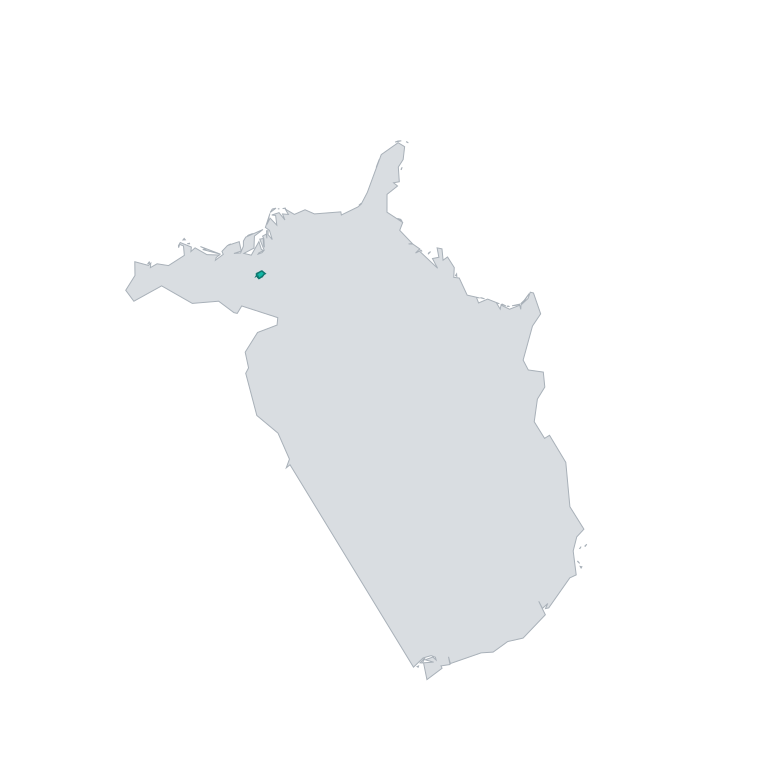 Bedford, Pennsylvania, United States of America shown in context, rotated 219°
{"feature_id": "52423323B14899262038475", "entity_name": "Bedford", "entity_type": "district", "adm_level": 2, "iso_a3": "USA", "parent_name": "United States of America", "parent_adm1": "Pennsylvania", "projection": "albers", "projection_center": [-78.468, 40.025], "detail": "fine", "context": "in_parent", "style": "filled", "palette": "teal", "viewbox_px": 768, "rotation_deg": 219, "n_neighbors": 0, "source": "geoboundaries", "source_scale": "gbopen_adm2", "svg_char_len": 4342}
<svg xmlns="http://www.w3.org/2000/svg" viewBox="0 0 768 768"><g transform="rotate(219 384 384)"><path d="M583.7,326.0L618.6,320.3L630.5,290.9L643.7,294.3L645.8,311.6L654.6,322.2L641.7,327.9L641.3,331.2L638.8,327.4L636.0,334.6L626.0,340.4L620.1,358.3L626.7,365.1L630.7,363.9L629.4,360.7L630.8,362.1L631.4,365.7L619.9,369.2L617.4,365.4L616.5,370.9L603.0,373.1L593.1,380.6L594.0,376.6L592.9,374.1L590.5,383.6L593.4,385.1L592.8,393.1L586.1,403.5L578.6,397.5L582.8,391.0L577.9,395.6L580.0,402.6L583.2,406.6L583.9,411.1L575.3,427.9L577.8,417.4L570.6,407.8L575.1,397.3L568.2,400.6L570.8,415.9L564.0,411.4L561.7,411.9L563.8,407.1L563.6,405.6L561.4,409.4L561.3,412.6L571.7,418.4L569.4,421.1L564.7,415.9L563.0,415.0L568.8,421.3L571.4,422.5L569.9,426.4L566.7,423.5L571.7,429.2L570.5,430.1L568.1,427.1L561.7,425.9L569.7,431.3L574.7,431.0L580.0,444.9L575.4,434.2L576.9,441.2L567.3,440.0L574.3,446.8L577.6,444.7L573.4,451.1L564.2,449.1L569.9,452.3L565.0,455.6L570.8,457.8L560.4,459.4L555.0,469.7L545.1,472.4L525.9,490.6L523.5,488.5L515.7,505.2L514.9,509.4L517.5,522.3L530.5,560.6L524.9,580.4L517.3,581.4L510.4,570.5L509.4,561.6L499.4,550.8L503.2,546.4L498.1,546.4L501.0,533.3L489.8,519.4L471.1,521.3L468.5,513.3L450.5,511.0L453.1,508.3L449.6,510.9L441.3,511.5L441.9,505.6L440.1,509.6L415.2,507.7L425.3,512.0L421.1,517.0L428.4,523.2L424.0,525.5L416.0,517.4L414.6,522.7L402.7,518.7L396.9,510.8L392.2,513.7L375.3,505.4L363.7,511.1L366.7,509.5L361.5,506.5L356.9,515.2L344.8,519.0L347.7,517.8L340.8,515.3L342.7,519.0L333.5,521.1L328.1,530.6L324.7,528.1L327.3,531.6L325.9,541.0L328.1,547.4L325.1,548.8L306.4,537.1L305.1,522.5L290.9,490.1L280.7,485.7L267.7,493.5L257.1,482.8L255.3,468.8L243.5,449.2L225.0,442.8L223.1,448.3L193.4,437.5L162.3,405.6L137.3,397.0L138.0,386.5L131.9,373.3L114.5,356.6L117.6,350.3L115.1,313.7L117.2,311.0L118.6,316.5L119.6,309.3L127.0,312.5L113.4,306.2L116.0,274.1L125.8,261.7L130.5,244.3L139.3,236.2L156.5,208.5L162.2,212.6L156.2,207.5L162.3,200.8L160.0,199.6L164.6,181.3L177.8,192.2L170.4,199.1L178.4,195.6L174.2,202.5L169.8,202.3L172.1,204.0L176.4,202.6L181.2,195.8L182.9,182.5L406.2,262.1L407.2,257.4L410.2,266.1L435.4,279.1L463.0,279.5L498.2,305.3L499.4,311.3L511.9,321.4L514.7,344.5L504.2,362.5L508.3,368.7L543.7,355.1L542.5,346.5L545.6,345.0L564.6,344.3L583.7,326.0ZM607.3,376.7L613.2,375.3L592.7,382.0L609.5,374.4L607.3,376.7ZM180.5,190.0L180.1,195.6L179.6,196.2L178.6,191.3L180.5,190.0ZM328.1,545.7L327.2,536.9L328.3,532.3L327.7,537.3L328.1,545.7ZM643.2,328.4L643.3,331.1L642.4,330.6L643.2,328.4ZM396.7,513.3L396.9,515.3L395.2,513.5L396.7,513.3ZM119.0,367.7L121.8,367.9L121.8,368.2L119.0,367.7ZM116.8,365.7L115.2,366.5L115.0,365.0L116.8,365.7ZM625.2,369.2L623.7,371.0L623.3,370.6L625.2,369.2ZM330.8,528.4L328.5,531.8L333.7,525.4L330.8,528.4ZM526.6,548.0L529.1,555.6L526.2,547.3L526.6,548.0ZM128.4,379.3L128.5,381.7L128.2,379.4L128.4,379.3ZM526.1,581.6L523.6,583.9L527.6,579.0L526.1,581.6ZM580.9,449.7L578.6,452.7L580.4,445.6L580.9,449.7ZM180.4,185.2L179.7,186.6L179.2,185.4L180.4,185.2ZM342.4,520.5L338.2,521.4L342.7,520.0L342.4,520.5ZM630.9,369.4L630.9,371.4L629.1,371.0L630.9,369.4ZM125.9,384.5L125.6,387.1L125.4,384.6L125.9,384.5ZM336.9,522.6L335.2,523.2L336.9,522.0L336.9,522.6ZM583.1,414.3L580.7,418.4L583.4,412.8L583.1,414.3ZM362.2,512.5L359.4,513.5L363.5,511.6L362.2,512.5ZM516.0,507.2L515.4,510.3L515.3,508.2L516.0,507.2ZM571.7,458.3L570.8,458.9L573.2,456.5L571.7,458.3ZM477.8,521.1L474.6,522.5L473.3,522.1L477.8,521.1ZM440.2,510.8L439.6,511.3L437.8,511.0L440.2,510.8ZM505.9,561.7L506.3,563.9L505.4,561.2L505.9,561.7ZM431.8,514.2L431.1,516.2L431.4,512.6L431.8,514.2ZM518.6,586.6L516.8,586.7L519.3,586.2L518.6,586.6ZM592.3,394.5L591.2,396.5L592.5,393.6L592.3,394.5ZM576.8,453.4L575.8,454.1L575.5,454.1L576.8,453.4Z" fill="#d9dde1" stroke="#a8b0b8" stroke-width="1"/><path d="M550.0,395.0L550.5,394.2L550.8,393.6L551.1,392.6L551.6,391.5L551.8,391.2L551.8,390.8L552.0,390.6L551.8,390.5L551.7,390.3L552.2,389.8L552.4,389.2L551.4,388.5L551.2,387.5L550.9,388.3L549.9,387.7L549.5,387.5L549.4,388.2L548.8,387.7L548.5,387.6L547.7,387.2L547.3,387.7L547.4,387.8L547.4,388.0L547.1,388.6L546.5,390.5L546.3,390.4L546.2,390.6L546.3,393.7L546.2,394.0L545.8,395.0L546.6,395.0L547.3,395.0L547.7,395.0L548.1,395.0L548.4,395.0L548.5,395.0L549.2,395.0L549.4,395.0L550.0,395.0Z" fill="#14b8a6" stroke="#0f766e" stroke-width="1.5"/></g></svg>